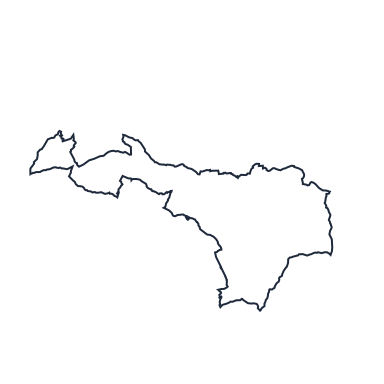 outline of Spulber, Vrancea, Romania, rotated 34°
{"feature_id": "2599482B24061865858466", "entity_name": "Spulber", "entity_type": "district", "adm_level": 2, "iso_a3": "ROU", "parent_name": "Romania", "parent_adm1": "Vrancea", "projection": "orthographic", "projection_center": [26.718, 45.744], "detail": "fine", "context": "isolated", "style": "outline", "palette": "slate", "viewbox_px": 384, "rotation_deg": 34, "n_neighbors": 0, "source": "geoboundaries", "source_scale": "gbopen_adm2", "svg_char_len": 6035}
<svg xmlns="http://www.w3.org/2000/svg" viewBox="0 0 384 384"><g transform="rotate(34 192 192)"><path d="M279.9,271.6L280.4,268.5L283.3,265.0L284.9,262.4L285.2,261.4L287.1,260.2L289.4,256.8L290.4,256.4L290.7,255.9L292.5,254.7L293.0,252.7L293.6,252.5L294.8,252.9L300.6,252.9L303.9,251.1L305.5,249.7L308.0,248.7L308.9,248.8L310.5,249.6L311.3,250.6L311.5,251.5L314.8,252.3L315.0,251.7L314.8,250.3L314.9,248.8L315.9,246.1L314.4,243.8L314.4,242.6L313.6,240.2L313.8,238.1L313.5,237.0L312.7,235.0L312.0,234.0L311.7,231.8L310.7,229.8L310.9,229.1L312.8,228.2L313.4,226.4L313.9,225.8L313.9,224.9L313.4,223.8L313.2,221.1L313.3,219.8L314.0,217.9L313.5,216.1L312.4,214.8L312.4,213.4L313.5,211.3L312.8,209.8L312.1,206.1L312.1,202.7L312.4,200.8L311.3,197.1L309.3,193.8L309.7,191.7L311.2,190.3L312.2,188.7L313.5,187.4L314.3,186.3L315.2,185.6L315.5,183.8L317.4,182.5L318.2,181.7L323.0,180.3L324.5,178.1L325.6,176.9L327.2,174.2L328.2,173.2L329.7,172.5L330.1,171.5L333.8,170.1L335.6,167.8L337.6,166.5L340.2,166.3L342.1,166.7L341.0,162.6L339.2,159.4L334.4,153.1L329.6,150.3L328.2,147.0L327.8,143.6L327.0,142.6L325.9,142.0L325.0,141.0L324.2,140.9L323.0,139.6L321.1,138.7L319.8,134.0L319.4,133.5L316.3,131.8L315.4,130.8L313.2,129.6L312.2,130.0L311.8,129.9L311.4,128.9L310.9,128.2L308.1,126.9L308.0,125.8L305.9,121.4L305.9,120.4L304.5,118.6L304.5,118.4L305.8,117.5L306.5,116.4L306.0,115.4L306.0,114.7L303.4,115.4L300.9,116.6L299.7,117.5L295.3,117.7L289.8,116.4L287.2,116.4L285.5,116.9L285.0,117.9L285.2,120.8L284.0,122.0L282.9,121.9L279.4,123.4L278.7,122.3L275.8,119.7L276.3,118.4L276.1,116.4L275.2,114.8L273.8,113.9L271.0,112.4L267.4,112.7L262.7,114.1L262.1,113.4L259.8,114.6L257.2,118.3L256.2,120.1L254.7,121.7L253.1,124.6L249.4,125.8L246.9,126.2L245.7,127.2L244.7,130.6L243.5,132.0L241.4,132.0L240.8,131.2L239.7,131.0L238.5,131.4L237.7,132.8L236.0,130.6L232.9,133.1L231.9,131.2L229.6,132.6L228.8,133.9L228.0,136.8L229.1,137.7L228.6,138.6L228.4,139.6L228.8,141.9L229.7,144.5L228.6,144.9L227.6,145.7L227.8,146.8L227.1,147.9L223.0,150.4L222.1,153.5L222.2,154.6L221.9,154.5L221.6,153.6L220.8,153.4L220.3,154.8L219.6,154.5L216.2,154.9L215.7,154.5L214.4,155.1L213.8,154.5L213.2,154.7L210.4,157.3L208.7,157.4L208.4,157.9L207.5,158.5L207.8,159.2L204.3,162.1L201.8,159.6L196.6,163.3L195.5,164.6L194.6,163.6L193.9,164.5L191.9,165.6L189.1,169.3L187.6,170.1L188.4,173.2L186.9,173.9L184.2,173.1L178.8,173.1L174.9,174.6L173.7,174.3L171.1,174.8L169.9,174.1L168.7,174.2L167.5,175.2L164.9,179.4L163.6,180.6L161.8,180.3L160.0,181.3L158.9,181.6L156.0,183.2L155.7,184.2L153.5,184.8L152.9,185.4L149.5,187.2L145.9,187.3L144.6,188.1L143.1,187.5L139.2,187.1L135.7,185.5L130.4,184.7L129.1,183.0L128.4,182.7L122.1,180.0L119.1,179.7L118.3,179.2L116.2,180.8L114.6,180.9L112.5,180.6L109.5,181.8L104.7,182.4L103.0,183.1L104.4,184.7L104.8,187.2L106.0,188.0L106.4,188.7L108.2,188.5L109.0,189.3L110.2,189.4L112.1,188.8L116.1,188.8L120.5,195.0L119.4,196.0L115.8,196.0L114.0,196.3L113.0,197.9L109.3,199.2L107.8,199.4L106.2,200.9L103.9,201.7L102.4,203.0L100.6,205.1L99.3,208.1L98.5,211.4L95.7,213.8L92.3,219.2L89.0,223.3L86.6,230.0L84.2,234.1L83.7,233.8L83.0,234.1L81.4,233.6L80.5,232.4L79.3,232.8L77.5,232.2L76.2,230.9L68.7,226.9L68.9,226.0L68.0,224.7L68.5,223.8L69.1,220.9L69.0,220.2L68.5,220.3L67.9,219.4L68.2,216.4L67.3,215.7L64.8,215.6L64.4,214.1L61.7,211.0L61.7,215.6L55.9,223.0L56.4,221.7L56.2,220.5L55.7,219.8L55.3,219.8L54.4,220.6L53.8,220.4L53.1,219.4L52.0,219.5L51.1,219.1L52.3,217.7L51.4,217.4L50.3,216.5L49.8,215.3L48.0,215.5L47.8,217.3L48.5,219.1L47.2,221.3L47.1,222.3L47.4,223.8L46.5,225.0L45.5,225.4L43.0,229.0L43.6,237.3L43.4,239.4L43.6,240.2L42.4,241.9L41.9,245.4L43.7,248.1L45.1,251.4L44.2,255.7L45.1,256.5L45.2,257.8L44.9,262.7L45.4,263.8L47.9,267.3L48.0,266.7L48.8,266.5L49.4,265.1L50.5,264.4L51.6,262.7L54.8,260.5L55.1,259.7L56.8,256.8L58.7,255.6L59.2,254.4L60.2,253.8L62.0,251.6L63.3,249.3L64.9,247.9L67.7,246.9L69.1,245.4L70.7,245.4L72.0,244.5L75.6,243.0L76.2,242.2L78.7,237.6L79.9,242.3L80.8,243.8L81.3,247.8L87.1,249.0L89.0,249.1L91.4,250.5L94.2,250.8L96.4,249.5L98.4,248.8L100.4,249.1L101.2,249.7L102.7,250.0L103.9,249.2L105.0,249.5L108.1,248.0L109.6,248.1L111.4,246.4L112.4,246.4L114.1,245.5L116.9,242.9L120.7,242.3L122.8,240.4L123.8,238.7L124.9,239.4L126.1,238.5L127.2,238.1L130.1,238.6L131.7,238.1L133.1,238.2L132.0,234.7L130.7,235.1L130.6,233.6L131.3,233.1L129.8,231.4L129.6,230.7L129.9,228.4L129.7,226.3L130.0,225.5L130.0,224.5L129.1,224.4L127.4,223.1L126.1,223.1L125.5,217.5L131.6,216.3L133.8,214.9L134.3,215.0L135.2,216.1L135.3,215.0L136.1,214.0L139.2,212.0L142.0,210.9L144.0,211.2L149.3,211.0L150.8,212.0L151.3,212.8L153.1,213.4L155.4,213.1L156.8,212.5L157.3,212.7L157.6,213.3L158.4,213.4L159.3,213.2L159.6,212.8L162.2,212.3L165.6,212.3L166.0,212.1L166.0,211.3L167.3,210.2L168.1,210.0L168.8,210.4L169.8,209.7L170.2,209.2L171.0,206.4L171.9,206.5L172.1,205.5L173.0,204.9L173.7,203.1L174.5,202.5L174.8,203.4L174.7,204.9L176.3,209.4L176.3,211.8L176.9,212.5L176.9,215.9L178.2,219.3L177.4,220.9L183.2,220.1L186.8,220.6L188.9,221.9L190.1,222.2L191.9,221.2L192.3,220.1L192.8,219.3L197.0,215.7L197.7,215.5L198.6,215.7L201.0,215.0L201.0,216.2L203.0,217.3L204.1,217.3L204.3,216.3L203.8,216.2L203.4,215.5L203.0,215.4L203.1,214.7L205.1,214.6L207.1,213.6L209.1,213.4L209.8,213.1L212.7,214.3L213.1,214.0L213.8,214.3L215.2,214.9L216.1,216.2L218.1,216.8L218.8,217.7L219.7,218.3L228.4,218.8L231.1,217.4L235.1,217.0L238.5,217.7L240.6,218.6L241.6,219.2L242.2,220.1L244.5,221.1L245.4,221.1L246.3,221.5L247.7,222.3L248.6,223.4L247.4,224.4L246.9,225.7L246.4,226.2L246.4,227.2L246.1,227.9L244.9,229.2L245.4,229.7L248.4,232.5L257.9,237.9L257.7,238.5L258.7,239.1L259.0,238.7L267.3,243.5L267.2,243.7L269.9,245.3L269.7,245.5L271.1,246.9L272.7,249.7L274.5,250.5L274.2,251.7L272.9,254.3L270.7,255.9L268.4,258.4L269.7,258.5L270.2,258.9L271.6,258.8L272.3,259.1L272.6,260.0L272.2,262.1L273.7,263.3L273.7,264.2L274.0,264.3L274.8,262.4L275.2,262.6L275.4,263.2L275.3,264.3L276.2,267.2L277.4,268.8L278.0,269.2L278.0,270.3L279.9,271.6Z" fill="none" stroke="#1e293b" stroke-width="2"/></g></svg>